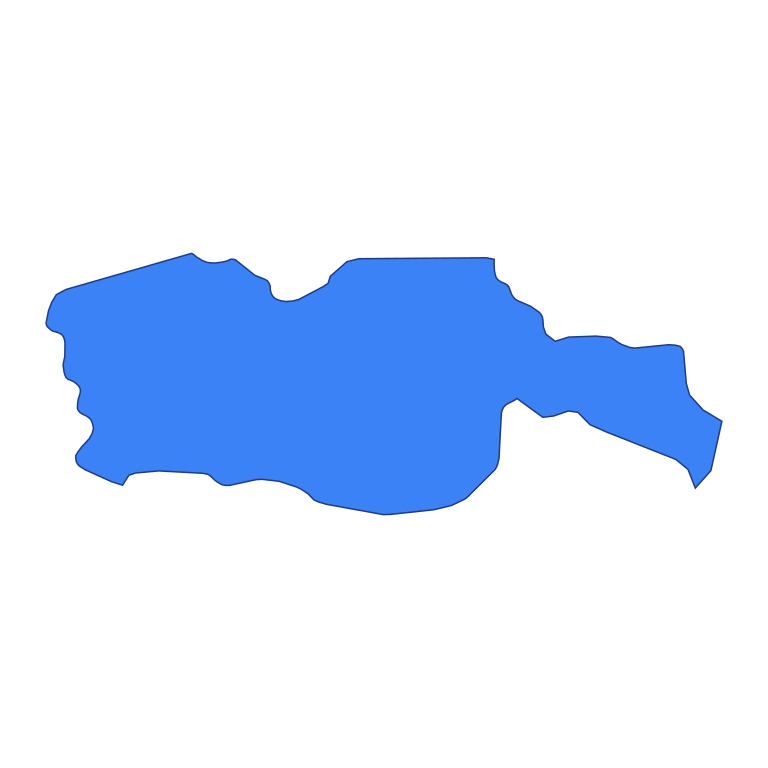 outline of Diourbel
{"feature_id": "SEN-763", "entity_name": "Diourbel", "entity_type": "Region", "adm_level": 1, "iso_a3": "SEN", "parent_name": "Senegal", "parent_adm1": "", "projection": "albers", "projection_center": [-16.16, 14.769], "detail": "fine", "context": "isolated", "style": "filled", "palette": "blue", "viewbox_px": 768, "rotation_deg": 0, "n_neighbors": 0, "source": "natural_earth", "source_scale": "10m", "svg_char_len": 2241}
<svg xmlns="http://www.w3.org/2000/svg" viewBox="0 0 768 768"><path d="M596.0,336.1L610.4,337.4L612.8,338.6L617.8,342.2L621.9,344.6L629.7,347.4L634.5,348.1L668.9,344.7L675.6,345.2L680.2,346.4L682.0,348.4L683.5,351.1L686.3,383.5L689.6,395.1L703.1,410.0L721.9,421.3L710.9,470.6L695.3,488.1L688.0,469.4L675.8,459.4L606.9,432.2L590.0,424.7L577.9,412.3L568.2,411.0L553.7,416.0L542.8,417.3L517.0,398.5L514.8,400.1L508.2,403.4L505.5,405.2L503.5,407.4L502.3,410.0L501.4,412.8L499.0,458.4L497.5,464.7L496.4,467.3L495.0,469.6L466.8,497.7L464.6,499.2L451.7,505.4L434.1,509.7L390.5,514.4L383.2,514.6L326.4,504.3L318.9,502.1L313.9,499.9L308.3,494.0L301.5,489.4L296.6,487.0L279.2,481.3L262.0,479.3L256.4,479.6L229.3,485.4L225.6,485.4L221.9,484.7L217.4,482.1L214.6,480.0L210.5,476.1L208.1,474.4L203.1,473.3L158.7,470.9L135.6,473.0L128.9,475.2L122.6,485.2L111.6,481.7L85.5,469.9L79.3,466.0L77.5,464.0L76.3,461.5L75.8,458.6L75.8,455.5L78.1,451.7L81.7,446.9L89.4,438.5L92.2,433.3L93.5,428.7L93.0,425.4L92.1,422.4L90.9,419.8L89.1,417.9L87.0,416.3L82.1,413.9L79.9,412.4L78.3,410.6L77.4,408.1L77.6,403.5L78.3,399.1L80.1,393.3L80.4,391.0L80.1,388.5L78.9,386.3L77.2,384.4L75.1,382.7L72.9,381.2L67.8,379.1L65.9,377.4L64.8,374.7L64.0,371.6L63.1,365.3L63.5,362.3L64.8,356.7L65.0,343.1L64.5,339.9L63.6,337.1L62.1,334.9L59.9,333.4L57.3,332.4L52.5,331.0L50.5,329.7L47.5,326.9L46.5,325.3L46.1,322.8L48.5,310.8L51.6,302.5L56.4,294.6L66.2,289.4L191.5,253.4L193.5,254.4L195.0,255.6L196.2,256.8L202.3,260.5L206.9,262.3L210.7,262.9L215.3,263.0L222.8,262.0L226.8,261.0L229.1,260.0L229.6,259.7L229.8,259.6L230.1,259.4L231.0,259.2L233.0,259.2L235.6,259.9L253.1,274.0L255.3,275.5L263.9,278.9L267.3,280.7L269.1,283.2L270.2,286.1L270.3,289.2L270.8,292.1L271.9,294.8L273.3,296.9L275.4,298.6L278.2,299.9L281.5,300.9L285.9,301.5L292.9,301.0L298.9,299.4L323.8,286.3L328.2,283.2L330.2,276.4L346.9,261.7L359.0,258.7L486.4,257.8L494.2,259.3L494.1,264.1L494.5,271.1L495.2,274.4L496.1,277.3L497.6,279.5L499.7,281.1L501.8,282.3L505.5,283.8L507.3,285.0L508.8,286.9L511.9,295.0L513.4,297.2L515.2,299.1L517.5,300.6L530.6,306.3L539.4,312.4L541.0,314.4L542.3,316.8L542.9,319.8L543.4,326.9L545.8,334.0L555.1,341.3L568.5,337.1L596.0,336.1Z" fill="#3b82f6" stroke="#1e3a8a" stroke-width="1.5"/></svg>